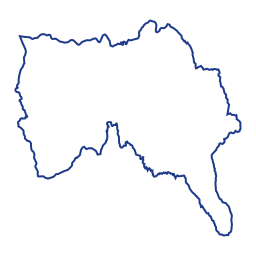 Port-Berge (Boriziny-Vaovao), Sofia, Madagascar
{"feature_id": "10022922B55197674782137", "entity_name": "Port-Berge (Boriziny-Vaovao)", "entity_type": "district", "adm_level": 2, "iso_a3": "MDG", "parent_name": "Madagascar", "parent_adm1": "Sofia", "projection": "equal_earth", "projection_center": [47.778, -15.801], "detail": "fine", "context": "isolated", "style": "outline", "palette": "blue", "viewbox_px": 256, "rotation_deg": 0, "n_neighbors": 0, "source": "geoboundaries", "source_scale": "gbopen_adm2", "svg_char_len": 5787}
<svg xmlns="http://www.w3.org/2000/svg" viewBox="0 0 256 256"><path d="M228.3,235.1L228.8,233.2L230.6,232.0L231.3,230.5L231.9,224.6L231.3,220.0L231.8,216.8L231.7,214.7L230.5,212.2L229.0,206.9L225.8,203.1L222.6,202.2L221.2,199.4L220.3,199.3L219.1,197.9L217.1,192.5L216.0,190.7L215.4,182.9L215.9,180.2L215.7,178.4L216.2,176.0L215.8,174.9L215.8,173.8L215.5,173.5L215.6,172.3L214.5,170.5L214.9,168.6L214.2,167.6L213.8,165.5L213.8,164.1L212.9,162.2L212.6,159.9L211.8,158.3L211.7,155.2L212.2,154.2L216.2,149.9L216.7,148.2L218.9,145.8L219.5,143.6L220.1,143.3L222.3,144.0L224.0,142.7L224.6,141.4L224.2,138.9L225.7,138.7L228.0,136.8L228.4,135.1L229.6,133.0L230.1,132.7L231.5,132.7L232.2,133.1L233.5,133.2L234.6,132.5L235.5,130.9L237.4,132.0L239.4,131.3L239.8,130.5L239.8,129.9L240.6,128.6L240.3,125.2L240.5,122.9L239.3,121.0L236.6,119.1L236.7,116.9L236.3,115.2L235.5,115.6L233.4,114.8L232.2,114.9L231.4,114.6L230.2,113.3L227.4,114.5L229.1,104.6L227.5,102.6L227.7,99.6L226.0,97.6L226.2,95.3L225.7,94.1L224.7,93.5L223.4,88.3L222.9,88.0L222.4,86.9L221.1,86.5L220.4,82.1L219.9,81.0L220.3,77.4L219.9,76.7L218.7,76.0L218.4,75.3L218.6,74.0L219.4,73.4L219.6,72.3L218.4,69.5L217.2,69.9L216.4,69.2L214.3,69.0L212.7,69.8L212.2,69.2L209.0,69.8L207.1,68.8L203.7,69.6L203.2,69.2L202.9,68.1L201.0,65.9L200.0,66.6L198.8,66.7L196.7,68.3L196.0,68.4L195.6,67.4L195.6,63.8L194.1,62.5L193.5,58.2L192.5,54.5L192.8,52.7L190.8,47.5L189.6,45.3L188.4,44.1L187.6,42.6L186.5,43.4L185.0,41.2L184.7,41.6L184.4,41.5L181.7,38.0L181.7,36.3L181.5,35.8L177.8,32.0L177.2,31.0L173.5,28.1L170.7,26.8L169.5,24.7L167.6,24.1L166.4,26.3L165.2,27.5L164.0,28.1L161.5,28.0L160.6,28.4L160.2,28.9L159.4,30.8L157.6,32.2L156.8,32.2L156.1,31.8L155.8,30.7L156.4,25.0L155.7,23.0L154.4,21.7L151.8,21.2L150.7,20.6L149.5,20.8L147.9,22.6L145.7,23.5L143.8,25.3L142.9,27.0L141.9,27.5L140.7,30.1L139.4,31.1L139.0,33.1L139.3,35.1L138.5,37.6L137.8,38.4L131.2,40.2L130.1,40.3L128.7,39.8L127.8,40.8L126.4,44.1L125.9,44.0L125.4,42.3L123.8,41.6L123.1,42.0L123.4,44.2L122.9,44.8L122.2,44.7L121.5,42.8L121.1,42.5L120.0,44.2L117.7,43.7L116.6,44.8L114.8,45.2L112.7,46.5L110.6,45.7L109.6,40.9L106.6,36.1L105.6,34.8L104.9,34.5L103.4,35.1L102.6,36.0L100.5,40.8L99.8,42.1L99.3,42.2L98.4,41.8L96.3,38.8L95.3,38.4L93.1,38.9L89.9,40.4L87.0,40.2L85.8,40.5L81.9,42.1L80.1,44.0L79.1,44.7L78.1,44.7L73.7,40.6L72.3,40.0L70.6,40.2L68.6,41.8L67.4,42.3L64.5,42.6L59.6,41.4L57.0,39.4L55.4,38.7L52.4,39.0L51.3,38.1L50.4,35.3L49.2,34.7L47.0,35.4L44.3,34.2L41.8,34.2L39.5,35.7L37.5,37.8L34.9,38.1L32.3,39.0L29.7,37.3L24.6,36.9L19.9,36.2L22.6,43.1L25.3,49.0L25.9,51.2L25.8,52.1L25.4,54.4L24.1,57.1L23.9,57.9L24.4,63.5L23.5,64.3L23.1,66.4L21.2,69.0L20.5,70.7L19.2,75.8L18.6,80.1L18.7,83.1L17.1,85.2L17.0,87.0L17.7,87.5L17.6,87.9L16.1,88.4L15.6,89.0L15.4,90.3L16.0,91.4L16.8,92.0L18.6,92.3L19.3,92.8L20.4,96.3L21.5,97.3L21.6,98.7L21.3,99.3L20.0,99.7L19.6,100.2L19.6,100.9L20.8,102.3L21.4,104.3L22.8,106.9L22.8,109.1L23.2,109.7L24.5,110.1L25.9,114.3L27.2,116.6L26.8,117.0L26.1,116.4L25.7,116.5L25.6,117.6L25.1,118.4L22.8,118.6L21.8,118.2L20.4,118.9L19.9,120.4L18.3,121.8L18.0,122.9L18.5,124.6L18.3,125.9L18.6,126.6L20.5,127.5L23.3,130.3L23.6,131.4L23.7,134.3L24.8,136.0L25.0,138.5L25.4,139.0L27.1,140.3L27.4,140.9L29.0,141.1L30.0,141.8L31.1,143.6L30.9,145.3L31.4,149.5L31.9,150.5L33.4,151.8L34.3,153.9L34.4,155.5L34.0,157.8L36.4,162.9L36.4,164.0L35.5,165.6L35.4,166.9L37.8,171.5L37.9,172.7L37.6,173.5L37.9,176.1L38.5,176.5L43.5,176.3L45.1,177.7L48.0,178.6L53.6,176.8L56.1,174.2L58.4,173.9L63.0,171.6L68.1,169.7L71.6,166.2L72.1,164.7L72.2,162.8L74.4,160.4L75.5,158.1L76.1,157.7L76.7,158.0L77.1,157.7L77.5,157.1L78.8,156.2L80.0,154.8L81.0,149.9L82.6,147.4L84.3,146.8L84.9,147.8L86.6,149.1L89.2,148.1L90.5,148.4L91.7,148.2L95.6,150.6L96.4,151.7L97.6,154.6L100.4,154.1L101.1,149.6L101.6,149.1L102.9,145.6L105.9,142.4L106.0,140.9L106.8,140.1L107.0,139.2L107.4,136.3L106.9,132.1L106.5,131.2L106.7,130.7L107.3,130.9L107.6,128.3L107.9,127.4L107.8,126.8L108.6,126.7L107.8,125.0L107.1,124.3L107.0,123.2L108.2,122.1L110.8,122.1L111.1,122.5L111.6,125.5L112.4,126.0L113.9,124.9L115.5,125.0L116.2,123.6L116.6,123.5L117.1,125.2L117.3,129.6L118.2,130.8L117.7,132.8L117.7,134.0L118.9,136.7L119.1,142.7L119.8,144.6L120.1,146.4L120.9,147.3L121.5,147.7L122.1,147.6L123.9,145.6L125.2,145.8L125.9,145.6L126.0,144.9L125.6,144.1L125.8,142.2L127.1,141.6L127.6,142.8L129.6,143.6L130.6,145.0L131.8,145.2L132.6,146.4L132.8,147.7L134.6,149.8L136.1,154.6L140.2,155.8L140.5,156.5L140.2,158.3L140.5,159.0L141.2,159.1L142.3,158.4L143.4,156.4L143.3,157.4L142.9,158.3L143.4,160.1L142.9,160.8L142.7,162.5L143.6,163.6L144.3,163.8L144.0,164.6L144.3,165.0L144.1,166.3L144.7,167.8L144.8,168.0L146.2,167.1L146.9,167.8L146.7,169.2L148.0,168.9L148.0,169.6L148.3,169.1L149.2,168.4L149.4,168.9L149.8,168.7L150.3,169.3L150.4,170.4L150.8,170.9L151.4,170.3L151.9,170.8L152.4,170.6L152.4,173.1L153.1,173.9L152.8,174.9L153.3,175.2L153.6,176.2L154.3,176.7L156.3,176.1L158.0,174.2L159.1,174.2L159.4,173.3L160.4,173.6L161.2,173.2L161.5,173.7L162.2,173.8L163.5,172.6L164.3,173.1L165.2,172.5L166.9,173.8L167.3,173.5L167.4,172.6L168.1,172.1L170.2,173.1L170.5,173.6L171.8,173.6L172.5,174.5L173.0,174.2L173.2,174.8L174.0,174.4L174.2,175.5L175.5,178.1L176.3,176.3L177.6,175.4L178.2,176.2L180.2,176.2L184.0,175.5L184.5,176.1L184.8,177.3L185.7,178.3L185.9,182.3L188.7,185.5L189.8,188.8L192.5,192.5L194.7,194.3L195.7,195.7L196.5,196.0L196.9,197.0L197.9,197.6L199.5,199.6L199.6,203.2L200.4,204.2L201.2,208.0L201.3,207.2L202.2,206.2L206.3,212.7L207.4,213.5L208.4,213.2L208.9,214.7L209.6,215.9L210.7,216.3L212.1,220.3L213.6,221.0L213.9,222.5L214.6,223.7L215.0,225.6L215.9,226.7L216.2,229.8L216.7,230.9L218.5,232.3L219.0,233.6L220.1,234.5L221.9,234.5L223.5,235.4L225.2,235.4L226.9,234.8L228.3,235.1Z" fill="none" stroke="#1e3a8a" stroke-width="2"/></svg>